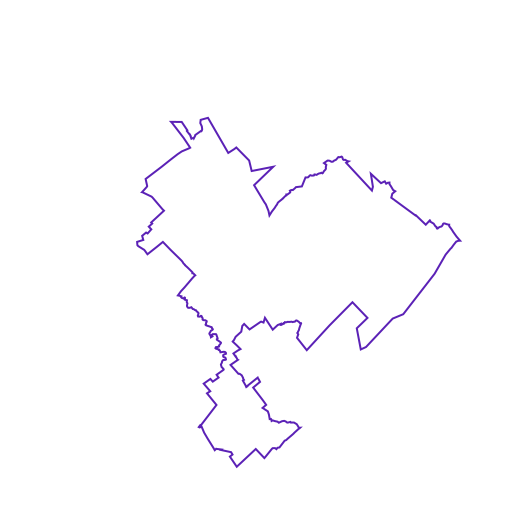 outline of Rincón de Romos, Aguascalientes, Mexico, rotated 137°
{"feature_id": "50627088B44268197461016", "entity_name": "Rincón de Romos", "entity_type": "district", "adm_level": 2, "iso_a3": "MEX", "parent_name": "Mexico", "parent_adm1": "Aguascalientes", "projection": "albers", "projection_center": [-102.306, 22.248], "detail": "fine", "context": "isolated", "style": "outline", "palette": "violet", "viewbox_px": 512, "rotation_deg": 137, "n_neighbors": 0, "source": "geoboundaries", "source_scale": "gbopen_adm2", "svg_char_len": 6123}
<svg xmlns="http://www.w3.org/2000/svg" viewBox="0 0 512 512"><g transform="rotate(137 256 256)"><path d="M226.6,412.0L226.6,410.7L228.4,391.7L230.3,380.1L231.5,380.4L238.9,383.1L243.9,383.9L252.5,384.7L264.1,385.6L284.2,387.6L287.8,381.5L288.1,381.2L289.0,381.0L295.8,380.4L295.5,380.0L295.4,379.6L291.9,370.7L291.8,369.5L292.5,354.2L292.4,351.9L309.8,352.0L309.8,350.5L314.4,350.6L314.4,346.9L319.9,346.4L320.4,348.1L325.5,348.4L327.5,344.6L333.3,347.4L334.3,346.2L335.4,344.7L335.4,343.6L333.9,337.9L333.6,337.0L333.6,335.9L333.7,335.3L334.2,331.3L322.1,330.3L314.5,329.8L314.3,318.9L313.6,303.2L313.8,301.3L314.1,300.2L314.0,298.0L314.2,297.8L313.9,294.5L313.6,287.5L314.3,286.8L313.9,286.4L313.7,285.9L313.6,283.3L314.7,283.4L318.4,283.1L329.6,281.8L334.9,281.4L340.0,280.4L339.0,279.0L338.1,277.4L338.8,277.2L338.9,276.3L338.8,275.8L338.2,274.8L337.4,274.4L336.6,274.4L336.4,274.0L336.8,273.5L337.5,273.4L337.9,273.1L337.9,272.7L336.7,270.7L337.7,269.9L338.2,269.3L338.4,268.2L340.2,266.9L340.7,266.3L340.9,265.8L341.0,264.6L340.9,264.3L339.8,263.3L338.2,262.6L338.4,260.4L337.8,259.6L337.5,258.1L336.9,257.2L337.2,256.0L336.9,255.1L337.0,254.1L337.0,253.4L337.2,253.2L339.3,252.0L339.6,251.2L339.2,250.8L338.7,250.2L338.3,249.9L337.1,249.8L336.8,249.4L336.9,248.8L337.3,248.1L337.3,247.5L337.5,246.8L337.7,246.6L338.1,246.3L338.4,246.0L338.3,245.1L336.8,243.4L336.5,242.0L336.9,241.5L338.1,241.2L338.9,240.4L339.6,240.3L339.8,240.1L339.8,239.4L338.7,237.3L337.9,235.9L337.5,235.0L337.0,234.3L337.0,233.9L337.5,233.2L337.4,232.4L337.5,232.0L337.6,231.8L338.0,231.7L338.9,231.8L340.0,232.1L341.7,231.5L342.6,231.3L343.1,231.0L343.2,230.8L343.7,228.3L344.4,227.3L342.6,226.9L342.2,228.5L340.9,228.3L338.6,226.2L338.6,225.6L340.2,222.0L341.4,221.9L341.7,221.5L341.0,218.4L340.7,216.6L340.9,216.3L342.5,215.9L344.0,215.8L344.7,215.0L345.2,215.1L347.5,216.7L348.5,216.3L348.4,215.2L347.4,214.2L347.4,212.9L346.9,212.8L347.0,211.3L347.7,209.8L346.5,209.0L345.1,208.1L344.2,207.1L344.1,206.7L344.0,205.9L344.6,205.0L346.3,205.7L347.5,205.9L347.8,205.7L348.5,204.9L348.6,204.4L348.3,203.7L347.8,202.7L347.9,201.9L348.6,200.8L349.5,201.1L350.6,202.1L351.0,202.3L352.6,202.1L353.6,201.3L355.6,200.6L355.8,200.4L356.9,198.2L356.8,197.2L356.9,195.2L357.4,194.9L364.2,195.8L365.8,196.0L366.3,192.6L373.3,193.6L373.2,197.2L381.3,198.3L381.7,188.3L385.5,189.0L386.5,174.0L411.7,169.8L412.0,170.3L414.5,169.9L414.2,169.1L412.2,168.2L414.4,162.2L415.9,155.5L418.0,144.7L418.6,142.1L417.7,142.1L416.6,142.2L416.4,141.8L413.2,138.0L413.9,138.0L408.0,129.5L408.6,126.8L411.9,127.1L413.8,115.0L387.8,115.0L387.7,102.5L386.6,102.6L376.0,104.1L374.9,104.1L373.1,102.5L372.8,100.8L371.1,101.1L369.4,100.0L361.0,101.4L359.5,100.8L357.1,100.8L350.5,100.5L349.1,100.5L348.8,100.6L342.2,100.5L341.9,100.3L340.9,100.3L341.9,101.1L341.5,102.1L340.9,105.2L341.8,108.3L344.1,110.4L344.0,111.2L345.9,112.2L346.8,112.9L347.1,114.7L347.8,116.2L349.6,117.4L353.0,118.5L353.2,120.1L354.8,122.4L355.9,124.4L357.1,124.7L356.2,126.3L356.2,126.7L357.2,127.4L354.7,131.2L353.3,134.3L354.8,140.4L350.1,140.2L349.4,145.5L347.8,161.7L338.9,161.2L338.1,164.2L338.1,164.9L337.7,165.9L351.1,166.9L351.2,166.6L352.5,166.8L351.8,168.8L350.6,173.8L349.3,173.6L349.1,175.0L348.6,175.6L347.8,178.5L348.3,181.0L349.2,181.8L348.9,193.7L340.1,192.4L340.2,192.7L339.2,196.5L339.5,196.5L339.0,200.1L338.3,200.0L333.9,199.3L330.8,198.5L331.0,203.7L331.4,209.3L329.3,209.6L326.0,210.8L318.4,210.7L313.7,214.2L311.0,214.4L310.8,206.7L297.5,204.7L297.0,204.5L295.9,202.2L291.6,204.7L294.0,190.7L287.2,190.7L284.9,189.8L285.2,189.7L285.1,188.9L284.2,188.2L283.0,188.3L282.3,187.7L282.1,187.7L281.9,187.5L281.4,187.7L281.2,188.0L280.5,187.6L280.0,187.9L279.2,187.0L278.8,186.7L277.8,186.3L277.4,185.9L277.0,185.4L276.4,184.9L274.7,183.6L274.3,182.7L272.8,181.9L272.7,181.7L272.0,181.4L271.0,181.6L270.2,181.1L269.6,178.8L269.6,176.7L268.9,176.3L269.0,175.9L270.4,175.3L273.6,173.6L275.3,172.5L276.6,172.1L277.6,171.6L278.3,171.5L278.5,169.9L281.8,168.2L283.1,152.5L249.5,155.1L217.0,156.4L216.7,134.7L231.6,134.4L243.1,116.2L237.6,114.4L198.7,117.0L188.0,113.0L137.5,121.2L116.3,127.7L108.5,128.7L107.7,128.6L103.7,129.4L99.7,130.0L97.6,129.1L96.3,128.0L96.1,133.4L95.3,139.5L95.0,140.7L94.5,144.3L94.5,145.1L94.2,146.3L93.4,147.1L93.8,147.4L94.1,148.2L94.8,149.1L95.7,150.9L96.4,151.7L96.9,151.9L97.3,151.9L98.5,151.3L99.6,151.1L100.3,151.1L101.3,151.7L101.9,151.9L102.9,152.2L104.5,152.2L104.9,152.7L104.8,153.1L104.3,153.8L104.2,154.4L104.5,154.9L104.5,155.5L104.0,158.5L104.9,161.6L105.3,162.6L105.0,163.2L104.6,163.3L103.6,163.6L110.5,163.1L111.3,176.8L111.7,176.8L117.3,206.4L113.8,208.6L110.0,208.4L110.7,210.7L109.7,215.2L109.4,217.4L108.3,218.7L109.7,219.7L111.5,220.1L110.9,222.8L114.9,224.0L115.9,237.8L123.3,226.9L126.6,224.8L126.5,262.7L123.8,262.1L124.4,262.9L125.2,265.6L126.2,266.3L126.4,266.7L126.5,267.4L125.5,269.5L125.6,270.3L127.5,271.2L128.3,272.2L131.8,271.8L133.9,272.5L135.5,272.6L136.5,273.4L136.7,273.8L136.9,274.6L137.2,275.4L137.7,276.1L138.6,277.0L142.9,277.6L142.4,274.7L144.4,273.4L144.9,272.6L145.5,272.1L146.4,271.8L148.6,271.7L150.4,271.1L151.1,271.2L151.4,272.3L152.6,272.7L153.4,273.3L154.9,273.8L155.7,273.9L156.3,274.0L156.6,274.3L157.3,275.5L157.7,275.8L158.6,275.4L159.3,275.8L160.6,277.0L161.1,278.0L161.8,278.2L164.1,278.0L165.2,278.7L166.2,279.7L175.0,275.6L179.8,279.1L181.3,279.0L184.1,279.1L184.5,279.7L185.5,280.3L186.6,280.6L186.7,280.0L187.2,279.7L187.6,279.2L189.0,279.3L190.7,279.5L191.9,280.3L192.3,279.6L194.1,279.9L195.6,279.8L197.4,279.8L197.4,279.7L202.9,280.1L203.9,280.0L205.6,279.3L207.0,279.1L209.6,278.4L214.0,277.7L218.5,276.5L216.1,280.5L213.6,287.0L213.2,289.7L209.1,309.1L182.5,309.5L201.2,321.1L195.9,330.5L195.9,330.8L195.7,330.6L195.9,331.0L196.4,348.8L198.9,349.0L206.0,350.3L196.9,389.8L203.6,393.3L206.1,391.2L207.2,387.8L208.9,385.4L210.2,384.6L210.5,384.6L210.4,384.9L217.9,385.9L218.2,385.8L218.5,385.4L221.3,384.4L221.1,385.1L223.3,385.8L222.3,388.1L222.0,388.1L221.4,390.2L221.4,390.3L221.7,390.3L221.3,394.6L220.5,394.7L218.9,404.7L226.6,412.0Z" fill="none" stroke="#5b21b6" stroke-width="2"/></g></svg>